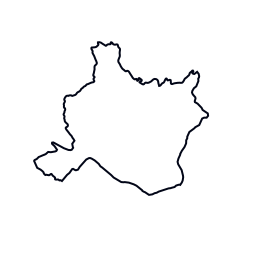 Concepción Las Minas, Chiquimula, Guatemala, rotated 124°
{"feature_id": "79465075B28925037655820", "entity_name": "Concepción Las Minas", "entity_type": "district", "adm_level": 2, "iso_a3": "GTM", "parent_name": "Guatemala", "parent_adm1": "Chiquimula", "projection": "mercator", "projection_center": [-89.467, 14.489], "detail": "fine", "context": "isolated", "style": "outline", "palette": "ink", "viewbox_px": 256, "rotation_deg": 124, "n_neighbors": 0, "source": "geoboundaries", "source_scale": "gbopen_adm2", "svg_char_len": 5836}
<svg xmlns="http://www.w3.org/2000/svg" viewBox="0 0 256 256"><g transform="rotate(124 128 128)"><path d="M73.8,200.8L74.7,200.2L75.0,199.6L75.4,199.2L76.1,199.1L76.7,199.2L77.3,199.4L78.0,199.5L78.5,199.7L78.9,200.0L79.6,200.6L80.9,202.2L81.2,202.6L81.6,203.1L82.1,203.1L82.7,202.7L83.0,202.4L83.3,201.7L83.6,201.1L84.0,200.4L84.7,199.9L85.2,199.7L85.6,199.4L85.8,199.0L86.1,198.5L87.3,196.2L88.0,195.2L89.4,193.2L90.3,191.7L90.7,191.2L91.5,190.2L92.2,189.9L93.2,189.9L94.8,190.3L95.5,190.2L96.3,189.8L97.7,188.8L98.1,188.5L100.8,187.4L101.4,187.1L102.7,186.7L103.3,186.5L104.0,186.0L104.2,185.2L104.3,184.5L104.7,184.1L105.4,184.1L105.9,184.2L106.4,184.1L107.0,183.7L107.3,183.3L107.6,182.6L108.1,182.1L108.6,182.1L109.1,182.2L109.6,182.5L110.3,183.3L111.1,183.9L111.5,184.2L113.3,185.3L113.9,185.7L114.4,186.1L115.0,186.6L115.8,186.7L116.7,186.8L117.1,186.9L117.8,187.4L118.4,187.7L118.8,187.8L119.7,187.9L120.4,188.1L121.1,188.4L121.7,188.6L122.7,188.5L123.1,188.5L124.0,188.5L125.1,188.9L126.4,189.6L126.8,189.8L127.5,189.9L128.9,189.9L129.3,190.0L129.8,190.1L130.3,190.4L132.1,191.8L132.6,192.2L132.7,192.9L132.8,193.6L133.9,195.0L134.6,195.3L135.0,196.1L135.5,196.7L136.0,197.0L136.4,197.1L137.2,197.2L138.2,197.2L139.0,197.1L139.8,196.9L140.4,196.4L140.7,195.7L141.2,195.2L141.9,195.0L142.6,194.9L143.0,194.9L143.7,194.8L144.2,194.6L144.9,193.8L146.4,192.9L146.9,192.2L146.9,191.8L146.9,191.3L147.2,190.9L147.8,190.4L148.2,190.2L149.5,190.0L150.2,189.7L150.7,189.4L151.3,189.3L152.0,189.2L152.6,189.1L153.1,188.6L153.7,187.3L154.2,186.9L155.6,186.4L156.1,185.8L156.4,185.3L156.9,184.9L157.5,184.4L157.7,184.1L158.0,183.6L158.3,182.3L158.6,180.3L158.8,179.9L159.3,179.4L159.8,179.1L160.4,179.0L160.9,179.1L161.4,179.4L162.1,179.7L162.7,179.7L163.1,179.4L163.4,179.0L163.6,178.5L163.8,178.1L165.0,174.4L165.3,173.6L165.7,172.5L166.1,170.5L166.3,170.1L167.2,168.4L167.5,167.4L167.7,166.9L168.5,165.3L172.3,165.4L174.7,163.0L175.1,162.4L177.5,162.5L178.4,163.2L179.5,165.1L180.6,169.8L181.7,181.7L182.4,182.7L182.8,182.7L183.3,182.4L183.6,182.0L183.7,181.5L184.1,178.8L185.7,174.7L187.1,174.6L188.1,175.2L191.2,178.4L191.9,179.7L192.5,180.8L195.6,181.6L202.0,185.8L204.7,186.3L206.8,187.5L207.8,187.4L211.8,181.0L211.4,177.2L211.6,174.8L212.0,173.2L212.8,172.3L213.2,170.7L213.1,170.1L212.6,169.8L212.2,169.1L212.0,168.5L211.7,167.9L211.4,167.2L211.1,166.9L210.5,166.6L209.9,166.5L209.3,166.2L209.0,165.9L209.0,165.3L209.5,164.1L209.6,163.5L209.7,162.8L209.7,162.0L209.8,161.3L210.0,160.7L210.5,160.3L211.1,160.0L211.3,159.4L210.6,158.2L210.2,157.7L209.8,157.2L209.7,156.3L209.8,155.6L209.5,155.1L209.1,154.9L208.9,154.2L208.9,153.1L200.9,152.3L198.0,151.4L193.3,151.3L192.6,150.7L192.4,148.0L191.9,147.3L190.5,146.2L187.2,146.3L177.5,145.0L174.9,143.6L174.1,142.7L173.7,141.1L173.5,137.5L174.1,132.2L175.2,129.4L175.2,127.4L176.4,115.7L177.1,112.2L176.6,103.4L175.5,101.4L174.7,100.5L172.8,96.7L171.5,91.8L171.1,88.7L171.7,81.5L172.1,80.9L172.0,79.3L171.7,77.9L171.7,73.2L170.9,72.3L169.4,70.7L167.2,69.5L165.6,68.0L163.6,67.0L155.4,60.6L153.9,58.9L153.4,58.6L150.9,56.4L148.8,55.9L147.0,54.5L146.6,54.1L146.2,53.7L146.0,52.9L143.1,52.9L141.0,53.3L138.0,54.7L136.8,55.7L132.9,60.0L130.0,66.1L128.3,68.0L125.1,69.1L120.9,69.8L120.4,70.2L116.8,70.6L112.3,70.5L108.3,71.2L107.0,72.0L105.6,72.9L103.5,73.1L102.1,74.0L97.0,74.9L91.0,72.8L89.8,72.7L85.7,70.6L78.7,71.8L76.9,70.7L75.5,68.6L73.1,68.4L71.3,70.0L71.3,76.2L70.1,78.3L68.9,83.9L69.1,87.0L68.4,87.7L65.8,88.5L64.9,89.4L63.9,93.1L62.8,94.8L61.3,95.4L58.2,95.6L55.3,94.7L49.7,95.9L48.7,96.7L47.7,97.4L46.5,97.4L45.2,98.0L43.6,99.7L42.8,102.1L44.0,102.5L44.8,102.7L45.5,103.0L46.2,103.3L46.5,104.1L46.6,104.5L46.5,105.2L45.7,105.4L44.9,105.4L44.5,105.5L44.1,106.2L44.4,106.7L45.2,106.9L45.6,106.9L46.5,107.2L46.9,107.3L47.5,107.5L48.1,107.5L48.5,107.4L49.1,107.1L49.6,107.0L50.4,107.0L51.3,107.3L51.9,107.4L53.2,107.7L53.8,107.9L54.6,108.2L55.3,108.4L56.2,108.4L57.4,108.2L59.3,108.2L60.1,108.4L60.6,108.9L61.0,109.4L61.6,110.5L62.7,112.0L64.5,114.0L64.8,114.3L65.2,114.7L65.6,115.0L66.4,115.6L66.9,116.0L67.2,116.7L67.0,117.3L66.7,117.6L66.1,118.1L65.0,118.9L64.5,119.4L64.6,120.1L64.9,120.5L65.4,120.9L65.9,121.3L66.3,121.7L66.2,122.4L65.7,123.0L65.5,123.6L65.6,124.0L66.0,124.2L67.0,124.2L69.4,123.8L70.2,123.8L70.8,124.0L71.4,124.4L71.8,124.6L73.1,124.8L73.7,124.8L74.2,124.9L74.8,125.0L75.3,125.3L75.7,125.7L73.7,128.0L72.9,128.7L72.3,129.3L72.0,129.9L71.7,130.5L71.7,131.5L71.8,132.2L72.2,132.9L72.4,133.3L73.1,133.9L74.0,134.3L74.4,134.4L75.3,134.6L76.2,134.8L76.7,135.0L78.0,135.7L78.7,136.1L79.2,136.5L79.8,137.2L80.4,138.6L80.8,138.9L81.5,139.2L82.1,139.3L82.7,139.3L83.2,139.6L83.5,140.2L83.6,140.7L83.7,143.8L82.9,143.9L82.2,143.7L81.7,143.2L81.1,143.1L80.7,143.4L80.4,143.8L80.4,144.4L80.3,146.2L80.4,146.7L81.0,146.9L81.6,146.5L81.9,146.2L82.3,146.0L83.0,146.1L83.5,146.4L83.6,146.9L82.8,147.8L82.6,148.3L82.8,148.8L83.8,149.4L84.0,150.2L84.0,150.6L83.9,151.2L83.8,151.9L83.6,152.5L83.1,153.5L81.8,156.6L80.9,158.5L80.8,159.0L80.7,159.4L80.8,160.1L81.1,160.7L81.5,161.0L81.9,161.2L82.3,161.8L82.3,162.9L82.1,163.9L82.1,164.8L82.0,165.7L81.7,166.6L81.5,167.1L80.8,168.6L80.6,169.0L80.3,169.4L79.5,170.8L79.3,171.3L79.1,171.8L78.9,172.3L78.5,173.0L78.0,173.4L77.5,173.8L76.7,174.1L74.5,174.6L73.7,174.7L73.2,174.9L72.8,175.1L71.8,175.8L71.0,176.5L70.5,176.9L70.1,177.1L69.6,177.4L69.0,177.7L68.1,178.1L67.3,178.6L66.8,179.1L66.6,179.7L66.5,180.5L66.2,181.4L64.9,182.9L64.7,183.4L65.1,184.3L66.1,185.2L66.5,185.9L66.7,186.5L66.8,187.2L66.6,187.8L66.3,188.4L66.2,189.1L66.2,189.6L66.5,190.0L67.1,190.0L67.6,189.5L68.2,189.4L68.7,189.8L69.1,190.5L69.4,190.9L69.9,191.4L70.6,191.8L71.1,192.0L71.6,192.0L72.2,192.3L72.3,193.1L72.3,193.5L72.3,194.0L72.4,195.5L72.4,196.2L72.4,198.3L72.6,198.9L73.0,199.9L73.8,200.8Z" fill="none" stroke="#020617" stroke-width="2"/></g></svg>